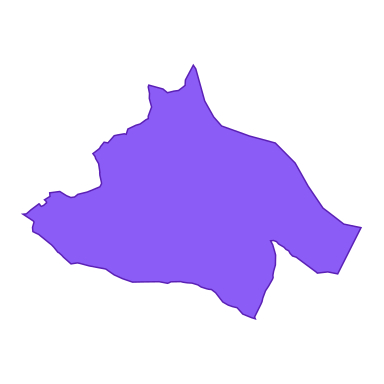 the district of Udenu, Enugu, Nigeria
{"feature_id": "59680162B44643250914735", "entity_name": "Udenu", "entity_type": "district", "adm_level": 2, "iso_a3": "NGA", "parent_name": "Nigeria", "parent_adm1": "Enugu", "projection": "mercator", "projection_center": [7.531, 6.881], "detail": "fine", "context": "isolated", "style": "filled", "palette": "violet", "viewbox_px": 384, "rotation_deg": 0, "n_neighbors": 0, "source": "geoboundaries", "source_scale": "gbopen_adm2", "svg_char_len": 1959}
<svg xmlns="http://www.w3.org/2000/svg" viewBox="0 0 384 384"><path d="M361.0,227.7L343.8,224.1L327.6,211.6L323.0,208.1L308.1,186.1L298.4,168.8L295.1,163.0L275.3,143.0L249.4,136.0L245.0,134.4L221.6,126.0L213.7,117.0L204.7,101.0L197.6,75.4L195.8,68.9L193.3,65.2L185.4,80.0L185.1,85.4L182.6,87.4L178.5,90.5L174.0,91.1L167.4,92.7L163.0,89.0L148.8,85.1L148.2,86.9L149.5,93.4L149.3,98.5L151.6,107.0L148.2,116.2L148.3,118.6L146.0,119.7L140.1,124.0L136.0,125.2L127.9,129.0L126.2,134.3L124.3,133.8L117.3,135.0L114.2,135.7L107.9,142.9L104.1,142.2L102.1,144.7L100.6,146.5L99.6,148.4L97.5,150.1L92.9,153.6L95.1,156.6L95.6,158.5L96.2,159.5L98.6,163.6L99.9,172.3L99.7,172.6L99.9,175.3L101.4,182.2L101.5,183.8L99.9,186.8L87.4,192.0L78.0,194.3L77.9,194.3L74.6,197.0L70.8,197.5L66.5,195.7L59.8,191.5L49.7,192.8L50.0,196.4L44.5,199.8L46.1,201.3L46.5,202.0L46.5,202.9L45.6,203.5L44.9,204.3L43.4,205.5L41.3,206.4L40.4,205.6L39.7,204.4L39.0,203.8L31.0,209.8L26.8,213.5L26.1,213.9L23.0,214.2L33.6,221.2L34.0,222.2L32.5,227.4L32.9,231.6L36.3,233.3L38.7,234.4L40.6,236.0L45.2,239.7L48.6,242.5L51.5,244.8L53.8,247.2L57.9,252.3L59.0,252.8L61.7,255.2L63.5,257.2L71.0,263.9L75.4,263.2L77.5,262.9L79.9,263.4L89.2,265.9L105.7,269.0L114.2,274.9L122.6,278.7L132.5,282.1L142.5,281.9L159.2,281.7L167.6,283.3L169.2,282.7L170.8,281.8L176.2,281.7L180.8,281.6L183.0,282.2L187.2,282.8L192.0,283.1L197.9,284.9L201.1,287.0L206.4,288.7L208.9,289.3L211.4,289.5L215.6,292.7L217.7,295.4L220.3,298.8L222.8,302.0L228.2,305.1L232.5,306.6L237.1,307.7L242.8,314.1L251.4,317.6L255.3,318.8L254.6,317.0L261.1,303.8L262.0,301.7L262.8,298.1L265.5,290.8L268.6,286.1L272.4,279.4L273.1,277.6L272.9,275.3L273.6,271.3L275.4,265.0L275.6,255.0L274.6,251.3L272.7,244.8L270.6,240.8L273.5,240.5L276.5,241.6L278.6,244.0L284.0,247.2L286.0,249.4L288.7,250.8L290.1,253.4L292.5,256.0L296.3,257.2L298.5,258.9L316.5,272.3L317.3,273.1L327.8,271.9L337.7,273.9L361.0,227.7Z" fill="#8b5cf6" stroke="#5b21b6" stroke-width="1.5"/></svg>